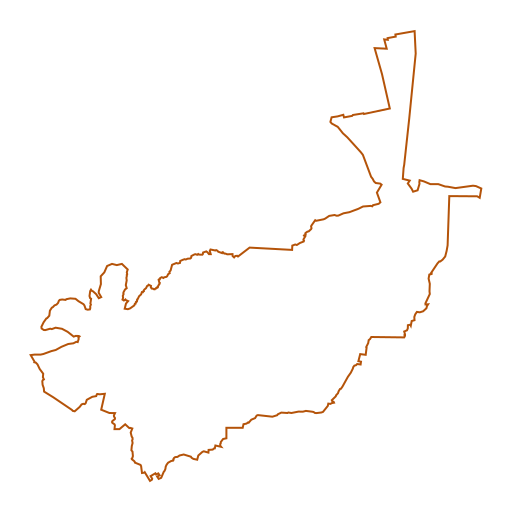 the district of Vetagrande, Zacatecas, Mexico
{"feature_id": "50627088B7628264143957", "entity_name": "Vetagrande", "entity_type": "district", "adm_level": 2, "iso_a3": "MEX", "parent_name": "Mexico", "parent_adm1": "Zacatecas", "projection": "mercator", "projection_center": [-102.495, 22.871], "detail": "fine", "context": "isolated", "style": "outline", "palette": "amber", "viewbox_px": 512, "rotation_deg": 0, "n_neighbors": 0, "source": "geoboundaries", "source_scale": "gbopen_adm2", "svg_char_len": 6025}
<svg xmlns="http://www.w3.org/2000/svg" viewBox="0 0 512 512"><path d="M141.1,466.1L142.0,473.0L144.6,472.6L144.8,472.3L150.0,480.9L151.9,479.7L152.2,478.7L150.6,476.1L155.4,473.3L156.1,474.5L158.3,473.4L159.6,475.3L157.2,476.6L158.7,478.9L161.2,477.8L163.7,471.9L164.6,470.8L165.4,468.9L165.7,466.7L166.6,464.7L168.1,462.7L171.2,461.0L173.2,460.6L173.6,459.7L173.3,459.2L174.1,457.9L175.2,457.1L177.5,456.9L179.5,455.5L183.7,454.5L190.9,456.7L191.6,457.8L193.4,458.9L197.2,459.7L198.3,455.5L202.4,451.9L203.8,451.3L208.4,452.6L208.6,449.9L212.7,449.6L213.9,448.5L214.8,448.4L215.4,445.5L221.1,446.8L220.3,445.8L220.2,444.0L220.7,443.4L220.8,442.0L223.1,439.0L226.4,438.3L226.4,427.8L242.7,427.8L243.5,424.2L246.5,423.6L248.1,422.4L248.7,422.7L251.3,419.7L255.1,418.1L256.5,415.8L257.2,415.3L258.0,415.1L272.4,416.7L277.2,415.2L277.8,414.3L281.3,412.6L287.5,413.0L288.3,412.5L291.4,413.0L298.5,411.6L302.8,411.7L305.9,410.9L312.1,411.7L313.6,412.0L314.8,412.9L316.2,413.1L321.3,412.5L323.0,411.9L327.8,405.9L328.3,403.6L330.4,403.9L331.8,403.1L334.0,402.7L333.6,401.8L332.3,401.3L331.8,400.2L335.8,396.3L336.0,395.4L338.0,393.2L338.6,391.3L340.0,389.0L340.9,388.8L342.4,386.7L347.9,376.8L350.8,372.7L352.8,368.7L353.3,367.0L354.4,365.6L356.0,365.2L357.2,364.0L360.6,364.5L361.0,361.7L358.4,361.2L360.2,354.1L365.7,354.8L366.6,347.6L366.2,347.1L368.2,343.1L368.7,340.1L370.0,339.1L371.3,337.0L404.2,337.4L404.7,336.4L404.5,335.3L405.0,335.3L405.0,334.3L404.2,331.5L407.0,330.3L407.8,328.4L407.9,325.2L410.3,324.7L410.8,325.7L411.7,321.0L414.5,320.2L414.3,317.0L415.2,314.4L416.9,311.9L419.8,312.3L423.1,311.3L426.4,308.3L427.0,306.0L428.1,304.3L425.5,304.5L425.4,303.4L429.8,294.0L429.5,291.3L429.8,283.8L428.6,278.6L429.3,274.6L431.6,274.0L431.7,272.8L431.2,272.8L437.5,263.4L439.3,261.4L440.2,261.5L442.6,259.7L445.2,256.5L446.6,251.0L447.6,245.4L449.3,196.1L477.2,196.3L479.7,197.8L481.3,188.5L476.0,186.1L473.0,185.7L455.5,188.1L447.8,186.7L445.1,186.5L438.2,184.1L430.3,184.1L423.9,181.4L419.6,180.2L419.3,182.1L419.5,183.8L417.6,190.3L413.1,191.7L411.6,188.7L407.8,183.5L409.7,180.6L402.8,178.9L403.6,168.0L404.2,164.8L409.2,118.8L415.7,53.6L414.6,31.1L395.4,34.5L395.7,36.6L387.6,38.1L387.8,39.8L384.2,39.4L386.7,48.7L374.6,48.1L382.0,74.1L389.8,108.5L363.9,114.0L363.5,113.3L352.9,115.0L352.1,115.9L344.0,117.4L343.3,114.8L337.6,116.4L331.6,117.3L330.4,121.9L331.7,123.5L337.8,126.9L342.9,133.3L347.3,137.3L360.9,152.3L362.9,154.9L371.1,176.8L372.6,178.7L374.0,181.4L375.7,183.0L380.2,183.6L381.6,184.7L376.9,192.6L380.4,202.3L378.7,203.8L373.0,205.2L372.3,206.3L370.7,205.9L363.0,206.5L358.4,208.8L349.3,212.2L343.5,213.3L338.3,215.6L336.5,215.7L334.6,215.0L329.2,215.9L325.2,218.6L323.6,219.3L316.1,220.8L315.2,220.2L311.4,225.6L311.1,226.3L311.5,228.3L311.1,229.1L308.8,231.3L307.3,231.7L305.8,232.8L305.3,233.3L305.7,234.4L305.5,235.2L304.3,235.2L304.0,235.6L305.2,236.5L303.6,239.1L303.4,239.8L304.0,240.7L303.7,241.5L299.9,243.0L296.8,245.0L295.2,244.5L292.3,245.6L292.1,249.9L249.6,247.6L238.0,256.5L237.2,255.8L235.3,256.0L234.1,257.4L232.6,256.0L232.5,254.1L227.2,254.3L225.5,253.6L224.3,253.6L222.9,252.2L222.5,252.2L222.1,253.1L218.2,251.7L217.4,250.7L216.1,250.1L215.4,250.5L210.5,249.5L209.8,250.9L210.7,254.1L208.9,254.1L207.6,252.4L206.3,251.4L203.1,252.5L202.8,254.2L202.3,254.7L198.9,254.6L198.2,254.0L197.2,254.8L195.5,254.2L194.5,254.4L191.4,256.0L191.1,257.8L190.3,258.5L187.6,258.7L185.8,259.5L184.6,259.2L182.6,259.9L180.2,261.0L180.0,262.9L177.9,263.5L176.4,263.0L172.1,264.8L170.6,270.5L169.4,271.8L169.7,273.2L168.2,274.1L167.1,276.3L166.3,276.9L164.2,277.3L163.4,278.0L161.8,277.2L160.2,278.0L159.8,279.3L159.0,279.3L158.6,279.7L159.4,282.8L159.8,283.0L159.4,284.2L158.8,284.5L158.7,285.3L158.1,286.0L157.9,287.1L157.4,287.0L157.1,287.8L156.2,287.9L155.9,288.6L154.9,288.9L154.7,289.3L153.7,289.2L152.6,288.5L151.6,288.5L150.8,287.2L151.0,285.9L148.6,284.7L147.9,285.7L147.1,286.0L146.0,288.2L144.4,289.5L143.6,290.7L143.8,291.2L143.2,291.5L142.9,292.2L141.9,292.1L141.1,294.4L139.1,296.2L137.4,299.7L137.1,299.7L137.0,301.2L136.1,301.8L136.3,302.3L135.5,303.1L135.5,303.7L134.8,303.9L134.3,305.4L130.1,308.4L127.9,309.2L124.7,308.7L126.0,303.5L128.1,301.1L125.6,300.0L125.4,299.5L123.9,300.5L122.5,299.6L123.1,297.8L122.8,295.9L123.6,294.0L123.3,293.3L123.5,292.3L125.0,289.5L126.7,288.2L125.8,285.1L126.7,280.4L126.4,277.9L126.9,275.7L126.7,275.0L127.2,274.2L126.8,272.3L127.7,269.5L121.9,263.9L116.8,265.1L112.0,263.9L107.1,266.0L104.3,272.4L100.7,276.3L100.9,284.1L98.8,291.1L98.7,292.8L101.2,297.1L98.8,298.2L96.2,294.2L93.0,291.3L91.8,290.8L91.0,289.7L90.2,291.1L89.5,296.0L90.1,298.1L91.1,298.7L90.4,303.5L90.9,304.6L90.2,306.2L90.3,308.0L89.9,309.4L87.7,309.7L85.7,309.1L84.4,305.4L83.5,304.2L78.5,301.2L75.5,298.8L70.3,298.4L66.3,299.2L65.6,299.9L62.2,299.5L59.7,299.9L58.8,300.9L58.1,302.9L56.5,304.6L54.5,305.4L52.9,307.1L51.8,307.7L49.9,310.7L49.3,315.7L47.2,318.1L46.3,318.5L43.6,322.3L41.4,326.8L41.6,328.5L43.8,330.0L45.3,330.1L50.2,328.7L51.8,329.1L55.6,327.7L62.0,328.8L67.6,331.8L73.7,336.6L75.8,335.9L78.8,336.0L79.5,336.4L78.4,337.5L78.7,338.9L77.7,342.1L76.3,341.8L73.4,343.3L68.2,344.0L61.5,346.8L55.7,350.0L51.4,351.1L43.4,354.0L40.6,354.6L34.5,354.6L30.7,355.1L34.7,362.0L34.5,362.3L35.8,362.6L37.5,364.4L39.7,369.0L43.2,373.7L42.9,377.2L43.9,379.4L42.9,380.0L42.3,381.1L42.6,384.8L43.8,388.2L44.1,391.6L53.3,397.3L71.9,409.9L72.8,410.9L74.7,411.3L79.7,406.9L81.6,404.4L83.3,403.8L84.7,404.1L85.6,403.3L86.8,399.8L92.3,396.8L96.2,396.1L96.9,394.2L97.4,394.0L99.7,394.3L104.8,393.8L101.2,409.7L109.4,413.0L115.0,413.1L113.9,415.5L114.0,416.5L115.0,418.1L114.8,419.2L112.5,420.9L112.0,422.0L112.4,422.9L114.5,424.3L114.9,425.2L114.5,429.1L119.5,429.1L125.2,424.3L129.3,428.1L130.3,427.9L132.3,428.5L130.7,432.6L131.7,436.6L132.5,437.8L132.6,439.3L132.1,440.4L132.6,443.0L131.8,446.0L131.4,450.3L132.5,451.6L132.9,456.1L132.3,458.1L131.7,458.6L131.8,459.2L134.2,461.1L134.8,461.9L134.9,462.6L140.5,464.9L141.1,466.1Z" fill="none" stroke="#b45309" stroke-width="2"/></svg>